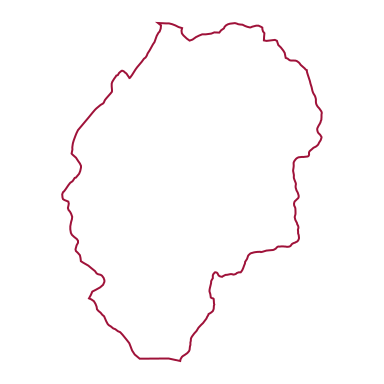 outline of Hiley, Geylegphug, Bhutan
{"feature_id": "84629894B8166759987677", "entity_name": "Hiley", "entity_type": "district", "adm_level": 2, "iso_a3": "BTN", "parent_name": "Bhutan", "parent_adm1": "Geylegphug", "projection": "mercator", "projection_center": [90.268, 26.934], "detail": "fine", "context": "isolated", "style": "outline", "palette": "rose", "viewbox_px": 384, "rotation_deg": 0, "n_neighbors": 0, "source": "geoboundaries", "source_scale": "gbopen_adm2", "svg_char_len": 5911}
<svg xmlns="http://www.w3.org/2000/svg" viewBox="0 0 384 384"><path d="M63.0,192.2L62.2,194.4L62.3,195.3L62.5,197.5L63.0,199.1L64.2,199.9L65.3,200.4L66.4,200.8L68.3,201.6L68.8,203.6L68.5,205.3L67.9,208.0L68.5,209.9L70.0,211.7L71.1,213.7L72.2,216.8L71.9,219.3L71.1,222.0L70.3,226.3L70.3,229.3L70.9,232.9L71.9,234.8L74.0,236.8L76.9,239.1L78.0,240.8L78.0,242.8L76.6,245.3L75.5,249.3L75.9,251.0L77.8,252.8L79.9,255.2L80.5,257.9L80.9,261.2L83.4,262.8L88.3,265.6L91.4,268.2L95.0,271.1L96.6,273.4L98.0,274.2L100.6,274.8L102.0,275.7L103.6,277.9L104.4,280.2L104.4,281.8L103.1,284.8L100.1,287.4L95.8,289.8L92.3,291.6L90.9,294.9L89.0,298.4L91.3,299.4L93.9,301.2L95.5,303.9L96.6,306.7L97.0,309.3L98.5,311.0L100.6,312.7L102.3,314.8L104.1,316.3L106.2,321.2L107.7,324.0L108.8,325.2L110.8,326.4L113.2,328.4L115.3,329.2L117.9,331.2L120.2,332.2L122.6,334.8L126.5,339.6L129.3,343.2L130.7,346.8L132.1,350.5L134.7,354.5L139.7,358.7L168.6,358.5L180.2,361.0L180.5,359.4L181.0,358.4L182.0,356.8L183.1,355.9L184.6,355.0L187.3,353.1L189.0,351.2L189.6,349.7L189.9,346.8L190.1,345.8L190.4,345.0L190.4,342.5L190.8,340.9L190.9,338.9L191.3,337.7L192.0,336.5L194.2,333.5L196.5,331.0L198.5,327.7L201.1,324.9L203.0,323.1L206.4,318.6L207.2,316.8L208.1,315.4L208.6,314.0L209.8,313.4L211.3,312.4L212.8,311.1L213.3,310.0L213.7,308.8L213.9,305.7L214.3,304.5L214.0,303.6L213.7,299.0L213.1,298.4L212.0,298.2L210.8,297.5L210.3,294.1L209.5,291.5L209.5,290.5L209.6,289.5L209.9,288.0L210.8,284.3L211.1,282.9L211.1,282.1L211.2,281.1L211.9,279.7L212.8,278.3L212.8,275.6L213.0,274.9L213.3,274.2L214.8,272.4L215.5,272.3L216.7,272.6L217.5,273.3L218.6,275.5L219.8,276.3L221.0,276.6L222.1,276.8L223.1,276.1L225.5,274.9L227.2,274.8L230.5,274.1L231.8,274.1L233.3,274.6L234.5,274.4L235.7,274.0L236.9,273.0L238.8,272.3L240.7,272.3L241.3,271.6L242.3,270.1L243.2,268.1L244.2,265.3L244.6,264.4L245.0,263.3L245.1,261.9L247.0,259.0L247.3,258.2L247.9,256.4L248.2,255.6L248.8,254.9L249.5,254.3L250.2,253.6L251.3,253.1L252.2,252.9L253.9,252.4L255.7,252.1L257.5,251.9L260.2,251.8L260.9,252.1L262.4,251.8L266.4,250.6L269.4,250.3L273.0,250.0L274.1,249.6L275.8,248.6L276.8,247.4L277.8,246.7L278.7,246.5L279.6,246.6L281.4,246.4L283.2,246.4L284.1,246.5L285.0,246.5L286.8,246.8L287.7,246.8L288.6,246.7L289.5,246.5L290.3,246.1L290.9,245.5L291.4,244.7L292.0,244.0L292.8,243.5L293.6,243.1L295.3,242.5L296.1,242.0L296.9,241.7L297.6,241.1L298.2,240.4L298.5,239.6L298.9,238.8L299.0,237.9L298.8,236.0L298.7,235.1L298.1,233.4L298.1,231.6L298.0,230.7L297.9,229.7L298.4,228.0L298.4,227.1L298.2,226.2L297.9,225.3L297.3,224.6L297.0,223.1L295.7,220.6L295.3,219.8L295.1,218.9L294.9,218.0L294.7,217.1L294.9,216.2L295.4,214.5L295.5,213.6L295.5,211.7L295.4,209.0L295.3,208.1L295.0,207.2L294.6,206.4L294.2,205.6L294.1,204.7L294.0,203.8L294.2,202.9L294.4,202.0L294.9,201.2L295.6,200.6L296.9,199.3L297.6,198.7L298.2,198.1L298.6,197.2L298.7,196.3L298.6,195.4L297.8,192.8L297.4,192.0L296.5,190.4L296.0,188.7L295.7,187.8L295.6,186.9L295.6,186.0L295.9,184.2L295.8,183.3L295.5,182.4L294.5,179.9L293.9,178.1L293.8,177.2L293.9,175.4L293.8,174.5L293.1,170.9L293.2,169.7L293.5,167.9L293.7,166.1L293.7,165.2L293.6,163.4L293.7,162.4L294.1,161.6L294.5,160.8L295.6,159.4L296.2,158.7L297.0,158.1L297.7,157.7L298.6,157.3L299.5,157.2L302.2,156.9L303.1,157.0L306.7,156.6L307.6,156.5L308.4,156.1L308.9,155.3L309.1,154.4L309.0,153.5L309.0,152.6L309.3,151.7L309.8,151.0L310.5,150.4L312.6,148.6L313.2,148.0L314.0,147.5L315.7,146.7L316.4,146.2L317.1,145.6L317.8,145.0L318.3,144.3L319.1,142.6L320.6,140.3L320.9,139.5L321.5,137.7L321.5,137.0L320.9,136.0L320.1,134.7L318.8,133.5L318.2,132.8L317.8,132.0L317.5,131.1L317.3,130.2L317.2,129.3L317.3,128.4L317.7,127.5L318.9,125.1L319.5,124.4L319.8,123.5L320.3,122.8L320.6,121.9L320.8,121.0L321.2,120.2L321.4,119.3L321.4,118.4L321.5,117.6L321.5,116.6L321.5,114.8L321.6,113.9L321.8,113.0L321.6,112.1L321.3,111.3L319.7,109.0L319.2,108.3L317.9,106.9L317.4,106.2L316.9,105.4L316.5,104.6L316.2,103.8L316.0,102.9L315.9,102.0L315.9,99.2L315.7,98.3L315.2,96.6L314.8,95.7L313.4,93.4L313.0,92.5L312.4,90.8L311.6,87.2L310.5,83.7L310.3,82.9L310.1,82.0L309.9,81.1L307.6,74.1L307.1,72.4L306.9,71.5L306.8,70.1L306.0,69.8L305.3,69.2L304.8,68.5L300.7,64.9L299.5,63.2L298.6,62.3L296.7,61.0L295.3,60.6L292.1,60.5L290.8,60.5L289.9,60.3L288.9,59.7L287.6,58.6L285.7,57.9L284.7,52.9L283.3,50.6L280.9,47.5L278.3,45.0L276.9,40.8L274.9,39.9L266.6,40.9L263.9,40.4L264.1,36.6L264.4,33.2L263.0,31.4L262.4,29.3L262.3,27.6L261.4,27.0L258.6,25.7L256.1,25.7L252.2,26.7L250.6,27.4L249.7,27.4L247.3,26.8L245.1,26.0L242.5,24.7L240.1,24.5L238.2,24.2L236.8,23.6L234.9,23.1L232.5,23.4L229.9,23.7L227.9,24.3L226.1,25.3L224.6,26.8L223.9,28.4L221.1,30.3L219.3,32.6L214.3,32.4L211.3,33.6L206.0,34.3L202.3,34.3L199.3,35.5L196.0,37.1L192.5,39.6L189.6,40.6L186.8,38.6L183.4,35.4L181.9,33.4L181.5,30.7L182.1,28.1L178.7,27.1L175.3,25.4L172.2,24.2L169.0,23.4L166.1,23.4L158.0,23.0L161.0,25.4L160.7,28.6L159.6,31.6L158.5,32.7L156.7,35.9L154.5,42.1L153.1,44.1L152.7,44.8L150.5,48.8L149.6,50.4L147.6,53.5L146.8,55.6L145.6,57.5L143.9,58.8L141.8,61.7L137.1,67.3L135.5,69.5L132.1,74.9L130.5,77.1L130.1,77.7L129.4,78.0L128.8,77.0L127.6,75.3L126.7,73.9L125.9,73.1L125.0,72.5L124.4,71.9L123.7,71.3L122.8,70.9L122.0,70.7L121.2,71.1L119.1,72.9L117.8,75.1L116.3,75.6L115.8,76.5L114.2,78.7L113.2,80.3L112.3,81.8L112.0,82.7L111.7,83.6L111.7,84.5L111.7,86.3L112.0,90.0L112.0,90.9L111.9,91.8L110.7,93.3L106.5,98.1L105.2,99.7L104.7,100.5L104.0,102.2L103.5,103.0L102.9,103.6L101.3,104.5L100.5,105.0L96.3,108.5L95.6,109.2L95.0,109.8L92.6,112.6L88.6,117.5L78.6,129.4L78.0,130.1L77.6,130.9L76.4,133.4L75.4,135.9L73.8,140.2L73.0,142.9L72.8,143.8L72.3,147.3L72.4,149.6L71.6,153.6L72.5,154.6L76.0,157.7L78.2,161.1L79.9,163.5L81.0,165.9L81.0,167.5L80.2,171.1L79.1,173.8L75.9,177.6L74.7,177.9L73.7,179.5L72.7,181.0L72.0,181.6L70.5,182.6L69.9,183.2L68.3,185.3L65.8,189.0L64.7,190.5L63.7,191.7L63.0,192.2Z" fill="none" stroke="#9f1239" stroke-width="2"/></svg>